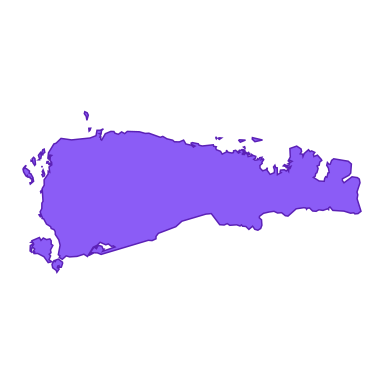 outline of Pulau Taliabu, Maluku Utara, Indonesia
{"feature_id": "22746128B98781354669228", "entity_name": "Pulau Taliabu", "entity_type": "district", "adm_level": 2, "iso_a3": "IDN", "parent_name": "Indonesia", "parent_adm1": "Maluku Utara", "projection": "albers", "projection_center": [124.647, -1.826], "detail": "fine", "context": "isolated", "style": "filled", "palette": "violet", "viewbox_px": 384, "rotation_deg": 0, "n_neighbors": 0, "source": "geoboundaries", "source_scale": "gbopen_adm2", "svg_char_len": 5934}
<svg xmlns="http://www.w3.org/2000/svg" viewBox="0 0 384 384"><path d="M103.4,128.8L100.2,130.3L97.0,130.3L96.0,135.7L90.0,138.0L71.6,139.9L61.0,138.4L56.1,143.2L53.9,143.9L48.5,152.8L48.0,157.1L49.9,155.0L51.7,155.4L50.3,156.6L50.1,160.6L51.6,162.3L51.8,164.9L49.0,167.0L49.7,172.1L48.2,171.2L48.1,174.1L44.1,179.8L44.2,185.2L42.2,188.5L43.0,201.3L41.9,203.1L41.8,208.6L40.1,211.9L42.6,218.4L41.4,218.3L43.7,218.9L46.5,224.1L50.6,226.6L51.2,228.5L54.0,229.6L55.2,231.6L55.3,234.5L58.8,239.8L60.1,245.2L58.3,254.7L59.9,255.8L59.3,257.5L62.3,259.3L66.2,255.9L69.6,256.9L77.1,256.4L83.9,254.2L87.5,256.5L93.2,247.2L97.1,245.3L100.1,242.3L105.8,244.8L108.3,243.9L111.5,246.4L113.4,245.9L115.0,247.0L102.7,251.3L104.1,249.1L103.0,249.0L101.9,246.3L99.2,245.5L96.3,246.8L97.1,247.5L96.4,248.7L94.1,247.0L91.0,251.5L91.2,252.7L97.5,252.9L101.1,254.4L148.3,240.3L152.1,240.6L156.0,238.8L156.0,236.4L158.4,233.3L175.8,226.7L181.9,221.2L205.9,214.1L211.3,213.6L219.7,224.7L224.2,225.0L227.2,223.6L229.8,225.3L236.7,224.8L240.0,226.0L241.5,224.9L242.5,226.2L245.9,226.5L248.9,229.4L252.6,226.2L254.8,229.3L257.9,230.2L260.7,228.5L261.9,225.2L261.5,219.8L259.3,217.8L259.5,216.3L263.5,213.3L269.1,212.0L274.0,211.3L277.5,213.0L281.6,212.7L285.3,215.7L288.0,216.1L296.2,208.8L303.6,207.7L305.8,207.9L306.6,209.3L307.3,208.2L309.6,208.0L312.6,211.0L316.1,211.3L318.9,209.8L323.0,210.4L327.6,208.8L328.6,209.6L328.9,207.6L330.0,207.0L332.8,210.4L343.9,211.1L350.6,213.2L353.7,212.8L354.9,213.9L358.0,213.6L361.0,211.3L357.1,198.8L357.8,194.8L357.0,192.0L360.0,182.8L359.3,179.1L357.4,177.6L352.0,176.8L344.0,182.8L342.4,180.7L342.4,178.8L348.9,175.3L350.7,173.1L351.4,164.0L348.2,161.2L333.7,158.8L331.6,160.4L330.2,164.2L329.0,164.3L327.4,162.5L326.7,165.3L328.4,168.1L329.2,172.6L328.0,172.9L326.9,177.3L325.7,176.7L324.7,178.4L324.2,181.3L319.1,181.0L313.4,177.4L315.2,176.2L315.7,173.5L316.9,172.7L318.1,168.5L317.1,166.0L319.2,165.2L319.7,162.1L321.8,160.4L321.2,159.3L317.4,155.1L313.9,156.6L313.4,154.4L314.8,152.4L311.6,150.9L310.1,151.6L308.5,149.7L304.2,153.5L303.0,156.5L302.6,154.2L300.2,153.8L301.6,151.4L301.0,148.9L296.7,146.1L289.9,148.5L290.3,157.0L288.2,160.9L289.1,161.6L289.8,160.3L292.1,161.3L288.7,163.4L289.5,163.4L289.1,165.0L286.6,165.6L284.5,164.6L283.3,165.9L287.2,166.7L286.3,167.6L287.4,168.0L290.9,166.4L290.0,168.5L288.8,168.5L288.6,171.3L287.6,169.6L286.2,171.0L284.4,169.8L280.5,170.1L280.1,171.9L281.2,172.6L277.4,174.7L277.2,167.8L275.7,167.7L274.9,165.2L273.5,167.0L274.5,169.9L274.2,172.7L270.1,174.4L267.0,170.1L267.4,167.7L266.0,169.7L262.7,170.8L260.1,168.2L259.9,165.5L262.2,163.4L261.9,162.2L263.7,159.7L263.2,158.9L261.0,159.7L262.0,157.3L259.7,157.7L258.7,159.5L257.6,158.7L257.1,160.0L255.0,160.2L253.7,159.3L255.5,158.1L255.8,156.4L253.3,155.5L248.1,156.6L247.7,154.3L249.8,154.5L248.7,152.5L247.8,153.6L246.8,152.6L246.1,153.7L244.7,152.4L244.4,154.5L242.4,154.4L242.4,153.3L243.7,153.8L243.5,151.6L241.7,149.7L239.9,150.8L239.2,149.7L239.6,150.9L238.3,151.3L239.7,152.4L238.4,153.1L235.7,150.3L233.6,150.8L233.4,152.6L231.9,153.0L228.1,152.3L226.4,150.1L226.7,151.8L222.2,154.1L220.5,151.3L216.4,149.7L215.7,148.0L216.3,146.8L213.7,146.3L213.3,144.8L202.2,146.0L199.1,145.2L198.3,143.8L192.3,142.6L191.1,143.2L191.6,144.5L195.0,146.1L193.4,147.1L191.6,145.3L185.9,144.0L183.6,140.1L179.4,141.9L174.4,141.8L172.7,140.2L166.9,138.8L162.8,136.4L160.3,137.3L148.9,133.2L145.2,133.4L139.5,131.8L127.3,131.4L124.7,133.6L121.6,131.9L118.3,134.3L115.0,133.2L113.9,131.5L110.8,131.4L105.3,133.7L101.7,140.1L100.7,139.4L100.8,136.9L99.9,137.0L100.9,134.4L99.5,133.7L101.2,133.3L101.5,130.6L103.4,128.8ZM39.4,237.5L31.9,240.7L32.2,241.6L31.0,242.3L33.3,242.9L33.7,244.3L32.4,246.3L32.4,244.3L30.3,245.6L30.1,251.0L31.4,252.0L31.7,248.1L33.5,247.8L34.7,249.0L33.0,252.0L35.2,251.8L33.6,252.7L34.1,253.6L37.8,253.5L43.9,256.7L48.2,262.6L51.8,261.7L49.0,259.7L50.6,255.9L49.2,254.2L51.0,252.7L50.5,249.9L52.9,245.4L51.2,244.1L51.2,240.8L49.9,238.9L46.5,239.6L43.3,238.0L41.0,240.4L39.4,237.5ZM58.3,259.1L55.9,260.0L55.1,262.2L55.0,260.4L54.0,260.6L52.0,264.4L52.7,267.8L56.2,270.4L56.9,272.3L59.1,269.1L57.9,267.4L57.2,268.4L57.7,266.1L59.0,265.6L59.4,267.3L61.3,267.2L62.6,263.5L62.5,262.2L58.3,259.1ZM23.9,168.7L26.3,165.4L25.4,165.9L23.6,167.9L23.0,169.1L23.6,171.9L25.9,175.9L27.0,176.6L27.3,175.7L28.1,177.2L30.0,177.2L30.4,178.6L32.1,179.0L33.0,177.7L30.8,173.7L29.2,173.1L29.5,171.1L26.5,168.7L24.8,168.0L24.4,168.1L24.1,168.7L23.9,168.7ZM262.5,140.0L252.4,137.6L252.2,139.1L254.9,141.7L262.5,140.0ZM84.8,111.7L84.3,113.6L86.2,116.4L86.9,120.3L88.3,115.1L87.2,112.8L84.8,111.7ZM33.6,157.3L32.1,158.9L32.9,162.7L34.7,165.4L35.5,164.3L34.9,158.6L33.6,157.3ZM44.7,174.1L43.1,169.9L42.2,171.7L43.4,173.6L41.9,174.6L42.9,176.7L44.3,175.9L44.7,174.1ZM41.3,155.7L40.4,152.6L38.4,155.3L39.5,158.7L40.8,158.5L41.3,155.7ZM42.8,155.4L43.1,153.6L44.8,152.4L44.2,149.1L42.8,149.7L41.8,152.3L42.8,155.4ZM245.5,140.1L239.3,139.8L238.8,140.4L240.3,142.2L245.5,140.1ZM33.2,179.1L31.9,179.8L31.8,182.3L29.9,182.9L30.3,184.1L33.6,181.3L33.2,179.1ZM90.7,128.2L88.8,128.3L89.1,131.1L89.9,130.4L90.7,128.2ZM88.8,255.4L89.8,255.0L92.7,253.5L90.9,252.9L88.8,255.4ZM41.6,216.5L39.9,214.5L39.0,214.8L40.7,217.3L40.4,216.0L41.6,216.5ZM221.4,138.0L219.0,137.8L218.3,138.6L219.3,139.4L221.4,138.0ZM50.8,163.0L49.5,163.1L48.9,164.5L50.3,164.8L50.8,163.0ZM244.7,150.1L242.2,149.5L245.0,151.1L244.7,150.1ZM50.0,160.0L49.1,157.5L48.5,158.9L50.0,160.0ZM41.5,190.3L40.5,191.5L40.9,192.6L41.8,191.3L41.5,190.3ZM48.2,161.5L47.0,161.6L46.7,163.1L47.9,163.1L48.2,161.5ZM244.6,146.7L243.5,147.1L245.0,148.4L245.1,148.2L244.6,146.7ZM216.3,138.8L216.8,138.0L216.1,137.3L215.8,137.8L216.3,138.8ZM252.6,155.1L251.7,154.5L252.1,155.6L252.6,155.1ZM38.7,159.8L39.6,159.8L39.5,159.3L38.7,159.8ZM31.3,161.9L31.3,160.7L31.0,160.5L31.0,161.1L31.3,161.9ZM42.6,166.9L42.0,166.5L41.3,166.7L42.6,166.9Z" fill="#8b5cf6" stroke="#5b21b6" stroke-width="1.5"/></svg>